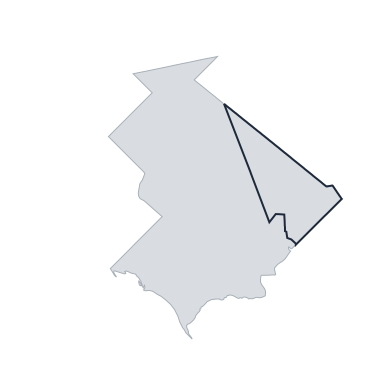 where Hodh ech Chargui sits in Mauritania, rotated 315°
{"feature_id": "MRT-2796", "entity_name": "Hodh ech Chargui", "entity_type": "Region", "adm_level": 1, "iso_a3": "MRT", "parent_name": "Mauritania", "parent_adm1": "", "projection": "mercator", "projection_center": [-6.332, 19.309], "detail": "fine", "context": "in_parent", "style": "outline", "palette": "slate", "viewbox_px": 384, "rotation_deg": 315, "n_neighbors": 0, "source": "natural_earth", "source_scale": "10m", "svg_char_len": 4932}
<svg xmlns="http://www.w3.org/2000/svg" viewBox="0 0 384 384"><g transform="rotate(315 192 192)"><path d="M167.1,316.0L166.7,315.8L164.8,314.4L163.8,312.8L162.3,311.5L160.1,310.7L158.7,309.8L158.0,308.7L157.2,308.0L156.4,307.6L156.3,307.2L156.5,306.7L156.3,305.7L155.1,303.6L153.9,302.6L152.9,302.7L152.3,302.4L152.0,302.0L151.8,301.3L151.1,300.7L149.9,300.4L149.0,298.8L148.3,295.8L147.3,293.5L146.2,291.8L145.3,291.2L144.7,291.1L144.5,290.9L144.3,290.4L143.4,290.2L142.2,290.7L141.0,290.5L140.5,289.7L139.7,289.7L138.7,290.3L137.6,290.1L136.4,289.1L135.8,288.0L135.6,287.0L133.6,284.9L129.6,281.8L125.3,280.3L120.6,280.5L117.9,280.3L117.3,279.8L116.8,279.9L116.2,280.5L115.6,280.6L114.9,280.3L114.5,280.5L114.3,281.3L112.7,281.7L109.5,281.7L107.0,282.2L105.1,283.2L102.3,283.6L98.8,283.5L96.6,283.1L95.9,282.5L94.9,282.4L93.6,282.7L92.4,284.3L91.4,287.0L90.5,288.6L89.8,289.0L89.1,291.1L88.7,294.6L88.1,296.1L88.1,287.4L89.1,284.2L89.4,281.3L91.6,275.0L94.2,269.9L96.5,263.0L97.4,256.3L97.1,249.8L96.4,243.9L95.2,240.1L94.0,234.4L92.3,231.5L89.2,228.9L88.4,227.4L89.2,226.8L91.1,226.4L92.3,224.4L89.7,225.2L92.7,219.0L93.7,214.8L93.5,212.0L94.1,210.3L91.8,206.6L90.0,201.9L89.1,201.1L88.1,200.7L88.1,201.8L87.5,202.8L86.4,202.2L84.5,198.8L81.7,193.2L80.8,192.7L80.0,193.4L79.5,194.2L78.5,198.8L78.2,197.0L78.6,194.8L79.3,192.1L80.1,188.4L82.5,188.4L86.7,188.4L95.2,188.4L99.5,188.4L108.0,188.4L112.3,188.3L120.8,188.3L125.1,188.3L133.6,188.3L137.9,188.3L146.4,188.3L150.7,188.3L153.5,188.3L153.3,185.6L153.2,183.5L153.0,180.7L152.8,177.9L152.6,175.1L152.5,172.4L152.3,169.7L152.2,167.3L152.0,165.0L151.8,163.7L150.9,161.1L150.7,159.8L150.9,158.5L151.5,157.2L153.2,154.8L155.7,153.0L158.6,151.0L160.8,149.4L162.0,149.0L165.4,148.4L168.2,147.2L170.8,146.0L171.9,145.4L172.1,143.2L172.1,93.7L185.2,93.7L188.7,93.7L212.9,93.7L216.4,93.7L234.0,93.7L234.0,91.3L234.0,87.9L234.0,83.3L234.0,78.6L234.0,70.3L234.0,66.8L237.5,69.1L244.5,73.8L248.0,76.1L255.0,80.7L262.0,85.3L269.0,89.8L272.5,92.1L276.0,94.4L279.4,96.7L282.9,99.0L289.9,103.5L292.9,105.5L297.4,108.5L301.6,111.4L305.8,114.2L299.3,114.3L290.6,114.3L284.6,114.3L278.5,114.3L272.8,114.3L273.3,118.9L273.9,124.0L274.4,129.1L274.9,134.2L275.5,139.2L277.0,154.3L277.6,159.3L278.1,164.4L278.6,169.4L279.2,174.3L280.2,184.3L280.7,189.3L281.3,194.2L281.8,199.2L282.3,204.1L282.9,209.0L283.9,218.9L284.5,223.8L285.0,228.7L285.5,233.6L286.0,238.5L286.6,243.3L287.1,248.2L287.6,253.1L288.7,262.8L289.2,267.6L289.7,272.5L290.3,277.3L290.8,282.0L293.0,284.4L295.8,287.5L295.0,291.9L294.0,297.1L292.9,302.7L285.2,302.7L277.6,302.7L258.7,302.7L254.9,302.7L235.9,302.7L232.2,302.7L224.8,302.7L222.7,302.6L221.9,302.2L221.6,299.2L221.0,299.4L220.2,300.3L219.8,301.2L219.9,302.4L219.8,303.5L217.4,303.9L214.1,304.5L210.6,305.1L207.1,304.9L205.9,304.7L204.7,304.3L201.9,303.8L200.4,303.8L198.6,303.9L196.6,304.1L195.9,304.7L194.4,306.9L192.9,309.4L191.9,309.4L190.8,308.0L187.8,305.4L184.1,301.9L182.5,300.2L181.6,300.0L179.9,301.2L178.4,302.4L176.8,304.1L176.1,305.7L175.5,307.6L175.3,309.8L174.7,312.4L173.5,314.5L172.0,316.0L170.8,316.8L170.4,317.2L167.1,316.0ZM91.1,220.6L89.9,222.5L89.3,221.8L89.1,220.5L90.2,218.7L90.7,217.8L91.6,217.4L91.1,220.6Z" fill="#d9dde1" stroke="#a8b0b8" stroke-width="1"/><path d="M277.0,152.3L277.2,154.3L277.4,156.7L277.7,159.1L278.0,161.6L278.2,164.0L278.5,166.4L278.8,168.8L279.0,171.3L279.3,173.7L279.5,176.1L279.8,178.5L280.1,180.9L280.3,183.3L280.6,185.8L280.9,188.2L281.1,190.6L281.4,193.0L281.6,195.4L281.8,196.6L282.1,199.1L282.3,201.7L282.5,202.8L282.7,205.0L283.0,207.5L283.2,209.9L283.5,212.4L283.8,214.9L284.0,217.4L284.3,219.8L284.6,222.3L284.8,224.8L285.1,227.5L285.2,228.6L285.3,229.8L285.5,230.9L285.6,232.1L285.8,233.9L286.0,235.7L286.2,237.5L286.3,239.4L286.5,241.2L286.7,243.0L286.9,244.8L287.1,246.6L287.3,248.4L287.5,250.3L287.7,252.1L287.9,253.9L288.0,255.7L288.2,257.4L288.4,259.2L288.6,260.9L288.8,262.7L289.0,264.5L289.1,266.2L289.3,268.0L289.5,269.7L289.7,271.5L289.9,273.2L290.1,275.0L290.3,276.7L290.4,278.5L290.6,280.2L290.8,282.0L290.9,282.8L291.0,283.1L291.2,283.4L291.9,283.9L292.6,284.4L293.4,284.9L294.2,285.5L294.9,286.0L295.7,286.5L295.8,286.6L295.9,286.8L295.9,287.0L295.8,287.5L295.5,289.4L295.1,291.2L294.8,293.0L294.4,294.8L294.1,296.7L293.7,298.6L293.4,300.5L293.0,302.3L293.0,302.5L293.0,302.8L292.9,302.8L290.0,302.8L287.5,302.8L286.3,302.8L285.0,302.8L283.7,302.8L282.3,302.8L279.8,302.8L277.9,302.8L277.1,302.8L274.3,302.8L271.4,302.8L268.3,302.7L265.2,302.7L262.1,302.7L258.9,302.7L255.7,302.7L252.5,302.7L249.4,302.7L246.4,302.7L243.4,302.7L240.6,302.7L238.0,302.7L235.5,302.7L233.9,302.7L232.4,302.7L231.0,302.7L229.8,302.7L228.1,302.7L228.9,301.9L228.7,295.8L227.6,293.5L226.9,291.8L230.6,286.8L230.1,285.4L232.8,282.7L233.9,281.3L237.1,277.9L241.3,273.2L238.2,269.6L235.6,266.8L225.3,268.1L246.9,220.2L247.2,219.7L276.8,152.7L277.0,152.4L277.0,152.3Z" fill="none" stroke="#1e293b" stroke-width="2"/></g></svg>